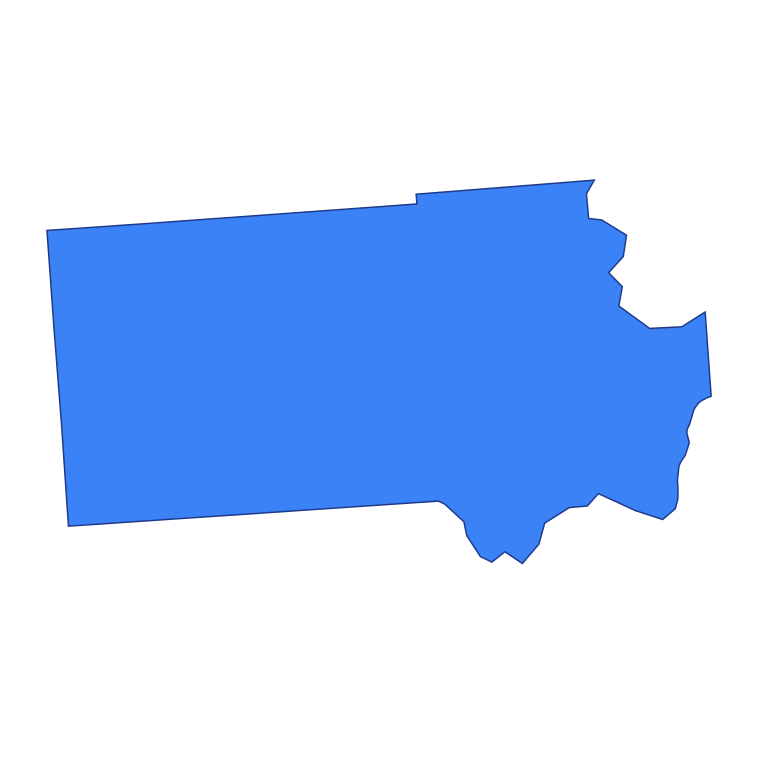 Trempealeau, Wisconsin, United States of America (Equal Earth projection), rotated 266°
{"feature_id": "52423323B76449700751591", "entity_name": "Trempealeau", "entity_type": "district", "adm_level": 2, "iso_a3": "USA", "parent_name": "United States of America", "parent_adm1": "Wisconsin", "projection": "equal_earth", "projection_center": [-91.426, 44.291], "detail": "fine", "context": "isolated", "style": "filled", "palette": "blue", "viewbox_px": 768, "rotation_deg": 266, "n_neighbors": 0, "source": "geoboundaries", "source_scale": "gbopen_adm2", "svg_char_len": 814}
<svg xmlns="http://www.w3.org/2000/svg" viewBox="0 0 768 768"><g transform="rotate(266 384 384)"><path d="M264.2,59.3L263.4,430.1L259.9,436.3L241.0,454.1L226.9,456.0L205.2,468.1L198.8,479.1L208.2,492.9L195.3,509.5L213.4,527.3L234.0,534.6L247.8,560.3L248.1,578.3L259.7,590.2L240.0,626.3L229.4,652.5L239.3,665.9L249.1,669.2L260.0,670.0L267.7,670.0L281.8,672.6L285.9,674.9L291.8,679.5L303.3,684.2L305.3,684.3L313.5,682.7L317.6,683.2L322.6,686.1L336.4,691.2L339.0,692.9L342.9,696.2L345.1,699.4L347.7,705.1L348.6,708.7L349.0,709.5L433.4,709.4L420.3,685.0L420.9,652.9L445.4,623.7L464.4,628.5L479.4,615.9L494.5,631.6L515.5,636.3L532.5,612.5L534.8,599.7L559.6,599.2L572.7,608.0L571.1,429.3L561.3,429.4L560.6,150.8L560.7,58.5L462.1,58.7L363.3,59.5L264.2,59.3Z" fill="#3b82f6" stroke="#1e3a8a" stroke-width="1.5"/></g></svg>